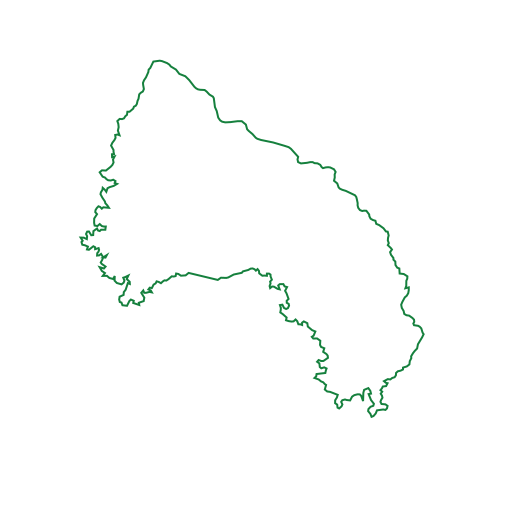 Palmas, Paraná, Brazil (Mercator projection), rotated 214°
{"feature_id": "56859067B83950244855736", "entity_name": "Palmas", "entity_type": "district", "adm_level": 2, "iso_a3": "BRA", "parent_name": "Brazil", "parent_adm1": "Paraná", "projection": "mercator", "projection_center": [-51.824, -26.422], "detail": "fine", "context": "isolated", "style": "outline", "palette": "green", "viewbox_px": 512, "rotation_deg": 214, "n_neighbors": 0, "source": "geoboundaries", "source_scale": "gbopen_adm2", "svg_char_len": 6092}
<svg xmlns="http://www.w3.org/2000/svg" viewBox="0 0 512 512"><g transform="rotate(214 256 256)"><path d="M381.9,169.4L381.3,166.5L381.1,163.8L379.6,163.2L374.8,163.1L375.1,160.6L379.4,159.3L375.4,157.4L371.7,157.4L371.9,153.8L368.5,156.2L365.3,155.8L361.7,157.0L361.9,160.4L359.5,156.5L356.3,155.8L351.6,157.3L350.8,159.9L351.3,162.0L353.9,163.8L352.7,165.3L350.9,168.4L350.3,164.6L346.3,164.0L345.0,162.3L347.1,161.9L345.2,155.2L345.4,152.1L344.0,149.7L346.3,146.0L345.1,143.4L343.2,141.7L341.5,142.2L339.2,140.5L335.1,142.6L335.8,147.8L335.4,149.9L332.3,150.5L331.5,148.4L325.4,150.1L327.0,151.7L323.9,155.8L325.3,159.0L330.5,161.3L330.2,164.4L328.1,163.0L326.5,164.1L324.2,166.7L322.0,167.6L324.0,168.6L326.5,168.1L326.4,170.3L324.4,171.2L324.9,175.0L323.9,177.2L324.2,179.4L322.1,180.1L319.6,180.3L319.0,182.9L318.3,184.6L316.6,185.5L315.6,187.9L314.5,192.0L312.7,193.0L311.4,194.4L312.4,196.8L310.3,197.7L307.2,197.7L303.5,200.6L302.4,204.3L274.3,214.8L272.9,218.4L268.4,221.2L267.0,222.7L264.1,228.2L258.4,234.1L258.2,236.0L254.6,240.1L253.4,242.5L251.8,243.8L249.8,244.2L247.9,243.8L247.4,246.0L245.2,245.3L243.6,243.4L239.7,243.2L238.1,244.5L235.9,245.7L237.1,247.5L235.4,248.7L233.6,248.7L232.5,247.2L229.6,245.2L230.0,242.7L228.6,241.4L227.9,238.7L226.3,237.3L225.6,239.7L224.0,240.6L219.8,240.8L217.7,241.6L221.1,244.0L220.6,245.9L217.6,248.0L215.3,246.8L212.9,247.6L212.4,243.4L209.8,242.1L205.0,238.6L205.5,236.0L204.3,234.4L202.2,234.6L200.8,233.3L200.4,230.6L201.4,228.9L203.7,228.6L206.9,230.4L208.7,228.7L206.4,226.9L205.3,225.1L204.3,222.8L201.4,222.8L196.2,222.1L195.2,219.5L192.5,220.3L189.9,221.5L188.3,222.8L187.7,225.5L185.3,225.0L182.7,223.1L180.9,224.2L179.2,224.6L180.5,226.5L179.8,228.5L175.9,229.0L173.6,226.5L168.0,225.9L164.6,226.6L163.7,222.2L164.5,220.2L162.4,219.6L159.2,221.8L155.3,221.7L153.2,218.1L151.2,217.0L147.8,217.7L146.7,214.1L142.8,214.1L140.9,213.5L139.4,211.8L141.4,206.7L143.2,205.4L145.9,204.8L146.2,202.5L143.4,202.4L141.0,199.6L139.1,199.4L137.2,201.8L134.6,202.2L134.1,200.2L133.1,197.8L139.8,192.0L138.8,189.9L139.3,187.6L135.0,188.7L131.9,188.4L129.6,188.9L127.5,188.3L125.8,188.3L124.3,183.8L121.2,183.5L118.6,184.8L110.6,186.6L109.8,183.9L109.7,180.7L108.1,178.2L105.6,178.2L103.6,175.9L101.8,176.1L101.0,179.2L101.4,181.3L103.8,182.7L103.8,184.7L102.0,186.8L100.3,187.3L97.2,188.9L97.7,193.1L96.7,195.6L94.5,198.1L92.6,199.3L90.6,198.9L86.1,195.6L90.5,202.6L91.5,205.5L89.0,209.3L85.8,208.1L83.7,206.2L85.4,204.5L80.1,200.9L75.6,199.4L75.0,197.4L76.7,195.1L77.2,192.0L76.3,190.1L72.9,189.1L70.3,187.3L69.1,189.1L68.7,192.4L69.4,195.7L64.7,199.9L62.6,200.8L62.2,202.9L63.1,205.3L65.7,205.4L69.2,203.5L71.3,204.7L71.8,206.7L71.9,209.2L73.5,210.7L75.6,211.6L75.5,214.1L77.8,214.4L77.6,216.7L77.9,218.7L75.4,220.9L75.8,224.1L77.4,223.5L79.9,223.8L77.9,227.6L75.6,228.8L74.9,231.0L73.3,233.0L73.3,235.3L74.5,237.4L73.9,239.8L72.0,241.8L70.7,244.1L71.7,245.7L69.2,248.8L68.2,251.9L69.7,254.8L70.1,258.1L71.3,259.6L71.5,263.3L71.3,266.1L70.7,269.4L72.4,273.4L72.8,281.4L73.3,284.9L75.0,285.6L78.5,288.4L80.7,288.9L82.5,288.8L86.3,287.0L87.8,288.0L88.0,289.9L89.4,291.6L91.7,292.1L95.7,292.2L98.2,291.0L100.7,290.9L102.9,293.0L106.1,294.5L108.4,296.8L109.0,299.8L109.5,304.9L108.8,307.4L109.0,310.3L110.2,313.0L111.8,315.4L114.1,312.8L114.7,315.2L117.5,319.5L117.9,321.7L119.1,323.8L123.4,323.7L127.1,321.8L130.2,325.8L132.4,325.3L135.3,326.5L137.4,329.3L140.0,329.8L141.0,331.2L144.8,332.5L147.0,334.2L146.9,337.4L148.7,338.0L152.8,338.7L153.1,340.9L155.4,342.6L156.7,344.9L157.5,347.2L160.4,349.8L162.0,349.0L165.8,350.3L171.2,350.5L174.3,349.9L176.7,352.0L179.2,351.2L181.8,351.0L184.2,352.3L185.4,353.7L189.8,355.2L191.8,354.0L193.1,352.7L195.5,352.2L198.2,353.1L200.1,354.8L201.3,356.7L204.5,359.8L205.9,361.0L207.9,361.7L218.0,360.2L221.6,359.1L224.2,358.7L225.9,359.1L229.2,361.6L233.4,362.0L234.6,365.1L236.4,367.6L237.0,370.2L239.8,371.5L244.0,370.9L245.8,370.0L247.8,368.4L249.6,366.3L251.3,366.4L253.7,367.5L256.8,367.2L259.4,365.7L261.5,365.5L263.6,364.1L265.8,361.8L270.5,357.9L273.6,357.4L275.6,359.3L276.5,361.8L287.0,364.4L289.8,364.5L294.3,363.2L305.3,359.7L316.7,355.0L320.5,353.9L322.4,353.9L327.0,355.1L331.8,355.6L334.2,356.1L337.9,359.3L343.2,359.8L346.7,357.4L352.2,352.6L356.2,349.6L359.2,348.4L361.6,348.4L364.7,349.6L369.6,354.2L373.3,356.5L379.2,363.2L380.8,364.0L384.9,363.8L388.8,364.7L391.4,364.9L395.4,362.5L397.3,361.7L399.4,361.5L401.6,361.8L409.8,364.5L415.1,365.5L421.4,364.1L426.6,365.8L432.6,365.5L434.8,366.2L437.6,366.2L442.9,365.0L445.0,364.1L449.8,359.8L448.8,352.8L449.2,350.5L448.1,348.2L447.1,342.6L447.1,339.1L446.5,336.3L445.2,334.7L442.3,331.7L441.8,329.1L442.8,326.9L443.2,324.7L441.3,320.6L441.0,318.5L439.8,315.4L439.7,313.4L440.7,311.5L440.2,309.5L441.5,304.9L443.3,303.7L441.9,300.9L442.5,298.8L442.4,296.3L443.6,294.6L445.7,293.4L446.4,290.3L444.1,288.6L441.9,286.0L440.6,282.7L436.7,279.8L438.7,279.3L440.4,277.6L438.5,275.4L438.2,272.9L438.4,269.6L437.9,266.5L433.4,264.2L432.3,262.6L430.7,261.1L432.3,259.8L430.6,257.5L428.9,259.5L428.5,256.0L426.4,253.9L426.0,251.2L426.4,248.6L428.2,242.9L431.6,240.9L432.4,238.0L427.5,236.0L425.0,236.6L423.0,236.1L421.0,236.1L418.6,237.4L417.0,239.4L414.4,239.5L414.0,237.5L411.5,238.1L413.2,234.5L415.8,231.3L417.0,229.2L416.0,225.5L418.4,226.4L421.2,226.8L420.3,225.0L420.2,222.1L419.5,220.3L416.1,218.5L411.7,216.7L410.4,215.5L407.5,214.8L404.9,213.7L409.8,211.0L410.3,209.0L412.6,209.5L414.4,209.1L414.8,206.7L414.7,204.3L413.8,202.5L411.2,201.8L411.1,196.6L408.7,192.9L406.8,191.0L404.2,192.2L403.4,195.1L400.5,194.6L398.5,195.4L397.0,196.4L395.6,193.5L399.1,191.2L399.5,189.3L401.2,188.8L403.2,189.9L404.7,185.7L402.7,182.3L404.2,181.1L408.2,182.9L409.6,181.8L409.2,179.2L407.1,178.0L405.7,175.4L409.0,174.9L411.7,173.2L408.2,171.7L408.5,170.0L406.3,168.2L403.9,169.2L400.6,169.8L399.8,166.9L398.0,167.7L396.3,173.1L394.3,173.3L393.2,171.7L390.9,174.5L389.5,173.3L389.0,171.5L389.2,169.6L388.0,167.5L386.4,168.8L385.6,171.1L381.9,169.4ZM381.9,169.4L380.2,173.3L379.9,170.5L381.9,169.4Z" fill="none" stroke="#15803d" stroke-width="2"/></g></svg>